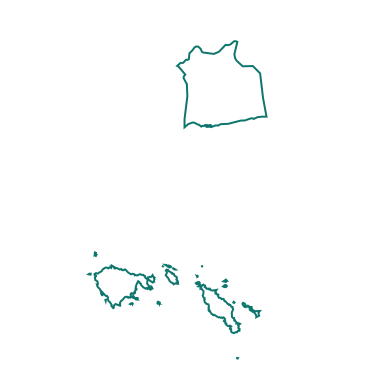 outline of Al Khukhah, Al Hudaydah, Yemen, rotated 280°
{"feature_id": "15242507B44327302396722", "entity_name": "Al Khukhah", "entity_type": "district", "adm_level": 2, "iso_a3": "YEM", "parent_name": "Yemen", "parent_adm1": "Al Hudaydah", "projection": "orthographic", "projection_center": [42.797, 13.833], "detail": "fine", "context": "isolated", "style": "outline", "palette": "teal", "viewbox_px": 384, "rotation_deg": 280, "n_neighbors": 0, "source": "geoboundaries", "source_scale": "gbopen_adm2", "svg_char_len": 5887}
<svg xmlns="http://www.w3.org/2000/svg" viewBox="0 0 384 384"><g transform="rotate(280 192 192)"><path d="M342.7,199.5L334.8,194.2L331.8,189.6L331.3,178.8L331.8,177.4L334.3,175.8L335.6,174.0L336.3,172.6L335.9,170.5L334.5,169.2L331.7,167.9L328.2,165.4L322.1,165.8L321.4,164.9L321.3,163.2L317.7,160.9L317.1,158.3L313.6,155.5L313.2,156.9L306.5,165.0L304.4,163.9L302.8,163.9L297.4,168.2L285.5,170.8L262.6,172.0L254.4,173.4L258.2,176.5L260.4,180.3L260.7,182.1L259.4,186.2L259.5,187.1L258.0,189.8L259.0,190.8L259.1,192.2L260.5,194.3L260.4,196.4L261.2,198.6L260.8,199.2L259.9,198.8L260.4,196.7L259.2,196.2L259.8,194.0L259.2,194.3L259.5,193.2L258.7,195.3L259.4,198.1L259.2,199.6L261.7,203.7L262.0,206.2L263.8,208.5L265.4,215.7L270.9,227.9L271.6,231.6L274.6,236.9L275.1,238.7L274.7,240.1L277.1,243.6L278.4,248.0L279.1,252.3L297.0,245.6L320.6,238.5L326.6,230.1L324.6,220.1L329.0,213.2L331.0,211.4L334.9,209.8L347.7,210.6L348.1,208.9L347.7,207.2L344.3,204.5L343.0,202.6L342.7,199.5ZM95.4,111.5L94.2,110.2L93.4,110.5L92.9,112.0L92.3,112.1L91.2,111.1L88.5,112.1L87.7,114.2L85.8,115.2L84.1,115.1L84.2,114.5L83.2,115.0L82.3,115.5L80.3,118.2L77.8,119.8L76.0,120.2L74.9,121.2L74.6,122.6L75.3,121.1L78.0,120.7L74.7,125.2L74.9,126.3L73.7,127.5L72.1,127.6L70.0,128.8L69.5,130.0L66.9,132.5L65.8,132.4L64.0,134.6L64.5,135.1L66.5,134.8L68.4,136.1L67.5,140.9L68.0,141.0L68.8,140.1L69.4,140.6L70.8,140.4L72.7,141.2L73.3,142.1L76.8,144.1L77.6,145.9L76.8,147.4L77.4,147.7L77.2,149.5L78.4,150.8L78.5,149.7L81.1,149.4L81.8,149.8L81.3,151.6L82.5,152.0L82.0,152.7L82.5,153.3L85.1,153.2L86.1,154.1L86.7,153.3L87.3,153.9L88.4,153.1L90.7,153.3L94.8,154.4L93.9,156.2L93.1,156.3L92.7,157.6L91.6,158.0L89.7,160.5L88.8,163.0L89.2,163.5L88.9,164.5L89.6,164.4L89.7,164.8L88.6,168.2L90.1,169.8L92.0,168.4L91.9,167.8L91.2,167.6L91.5,166.9L90.6,167.0L90.5,166.2L92.5,165.4L93.9,163.7L97.0,163.5L98.1,163.9L98.1,164.6L96.0,168.9L96.9,170.2L97.3,169.7L99.4,170.2L100.5,169.5L101.2,170.0L101.8,168.8L103.3,167.6L101.4,166.8L101.2,165.0L100.4,164.3L100.2,163.5L98.8,163.8L98.4,162.9L99.4,161.0L100.8,160.4L100.6,160.0L101.9,158.6L101.6,157.1L102.1,155.1L100.3,152.5L100.5,150.2L100.2,150.0L101.0,149.5L101.2,147.7L100.3,146.3L101.8,142.8L104.1,139.9L103.9,138.8L103.4,138.6L102.9,137.4L103.2,136.3L103.9,135.7L103.1,134.4L104.1,131.0L103.2,129.3L103.8,128.3L104.5,128.7L105.7,125.6L103.5,125.5L103.9,124.9L103.3,125.0L103.0,123.4L102.3,122.8L102.7,122.3L102.6,120.0L100.4,117.6L98.4,116.8L97.2,115.5L96.8,114.7L95.3,113.5L95.4,111.5ZM101.9,216.5L100.2,214.8L100.2,217.7L98.1,217.1L98.0,218.8L96.2,220.6L93.6,220.9L92.0,220.5L90.2,221.6L89.7,222.8L89.2,222.6L88.3,223.2L87.8,222.8L85.5,223.8L85.2,224.8L84.4,225.4L84.2,227.7L82.2,228.6L80.8,228.3L80.0,229.0L78.7,228.7L78.0,229.3L78.1,229.9L77.7,229.8L77.6,230.4L75.6,232.1L75.0,233.8L74.4,234.2L74.8,235.5L73.1,239.7L73.5,240.8L73.1,241.9L73.6,242.9L73.1,243.7L74.0,244.8L73.7,245.4L72.6,246.6L71.0,246.0L70.8,246.7L70.3,246.4L70.3,247.3L68.4,247.6L68.4,248.6L67.1,248.9L66.2,250.8L67.0,252.6L66.4,254.0L65.2,253.1L64.0,253.0L63.7,253.2L63.8,254.3L61.4,254.8L60.6,255.9L60.3,257.8L61.6,259.4L61.6,260.6L63.2,261.3L63.5,262.8L64.4,262.8L64.8,262.2L65.5,262.5L66.3,261.1L67.7,261.4L68.9,260.4L70.0,261.0L69.7,261.6L70.5,262.2L70.7,261.5L70.2,261.1L70.9,260.0L70.2,258.5L71.5,258.4L72.0,257.4L73.0,256.7L72.7,256.1L73.1,255.8L75.2,255.3L75.0,254.4L75.9,253.1L80.2,252.1L83.7,252.9L85.0,251.9L85.8,251.9L85.9,250.6L87.4,249.3L87.2,248.1L88.0,247.7L87.9,246.7L90.1,244.1L90.1,243.1L92.2,241.6L91.6,239.9L92.6,238.6L92.5,236.8L94.1,235.7L95.3,235.9L95.6,235.6L95.5,234.2L96.7,233.4L96.2,232.8L97.7,232.2L99.9,233.2L98.5,229.3L98.6,227.7L99.7,226.6L99.3,226.3L99.7,225.9L99.2,225.3L99.7,224.6L99.2,223.2L100.3,222.1L100.5,221.3L101.1,221.6L102.2,221.0L102.0,220.2L102.7,219.3L101.3,217.6L101.9,216.5ZM111.2,180.4L110.0,179.9L109.3,180.9L108.0,181.3L105.4,180.6L103.1,183.5L100.6,185.3L99.3,187.2L99.0,188.9L97.9,189.9L99.0,191.3L99.2,194.2L100.3,193.8L100.6,193.2L100.9,193.8L101.5,193.5L101.4,193.9L103.1,191.8L104.1,192.2L105.6,191.7L106.6,189.2L108.1,188.4L108.0,186.9L108.9,186.6L108.8,185.7L109.5,184.9L109.8,183.2L111.0,182.0L111.2,180.4ZM89.0,269.7L86.4,269.2L85.9,269.4L83.7,274.9L82.0,276.4L81.2,276.6L80.9,277.3L80.0,277.2L81.8,279.6L84.5,278.4L86.6,279.5L85.6,274.8L86.1,272.6L86.6,272.1L86.3,271.9L87.0,271.2L89.1,270.7L89.0,269.7ZM90.8,261.1L89.7,261.6L88.0,263.7L87.9,265.0L88.7,265.4L91.3,263.3L91.7,261.5L90.8,261.1ZM102.9,211.6L102.1,212.4L102.3,214.4L103.2,215.3L104.1,215.3L104.5,214.6L104.3,213.4L102.9,211.6ZM105.4,242.7L106.1,242.0L106.2,240.7L104.4,239.0L104.0,240.2L104.2,241.9L105.4,242.7ZM79.1,151.7L78.2,151.6L77.7,151.9L77.4,154.1L76.4,155.5L76.6,156.9L77.3,155.9L78.0,156.2L77.5,157.8L78.2,156.7L77.6,154.3L79.3,152.3L79.1,151.7ZM111.6,240.7L109.5,238.5L109.2,241.0L110.3,241.4L110.5,242.0L111.6,240.7ZM115.2,183.7L115.6,182.0L115.0,180.7L115.7,179.4L115.6,178.5L113.7,182.6L114.4,183.9L114.1,185.0L115.2,183.7ZM94.0,106.4L93.8,105.2L93.0,104.4L93.0,106.4L94.0,106.4ZM70.9,150.5L70.5,151.9L70.9,151.4L71.5,151.7L71.9,152.5L71.3,152.9L71.8,153.0L72.1,152.4L72.0,151.7L70.9,150.5ZM77.4,177.2L76.3,177.4L75.9,178.1L76.1,178.8L76.4,177.7L77.9,178.2L78.1,177.7L77.4,177.2ZM89.3,267.9L89.7,266.9L88.9,266.7L88.5,267.6L89.3,267.9ZM115.6,106.9L113.9,107.0L115.1,107.7L115.3,108.8L115.6,106.9ZM113.6,108.1L112.5,107.8L112.3,108.4L113.6,108.8L113.6,108.1ZM90.6,253.1L91.1,252.2L90.3,251.9L90.1,252.8L90.6,253.1ZM112.8,189.1L113.3,187.9L113.8,185.8L112.6,188.2L112.8,189.1ZM110.2,211.3L109.2,211.9L109.5,212.2L110.1,211.6L109.9,212.7L110.5,211.9L110.2,211.3ZM69.7,125.9L70.9,125.9L70.6,125.4L69.7,125.9ZM36.4,266.1L36.4,265.2L36.1,265.2L35.9,265.9L36.4,266.1ZM121.5,214.5L120.8,214.7L119.7,214.6L120.6,215.0L121.5,214.5ZM113.7,176.6L114.1,175.3L113.3,177.1L113.7,176.6ZM77.4,179.6L77.9,179.1L76.8,179.5L77.4,179.6Z" fill="none" stroke="#0f766e" stroke-width="2"/></g></svg>